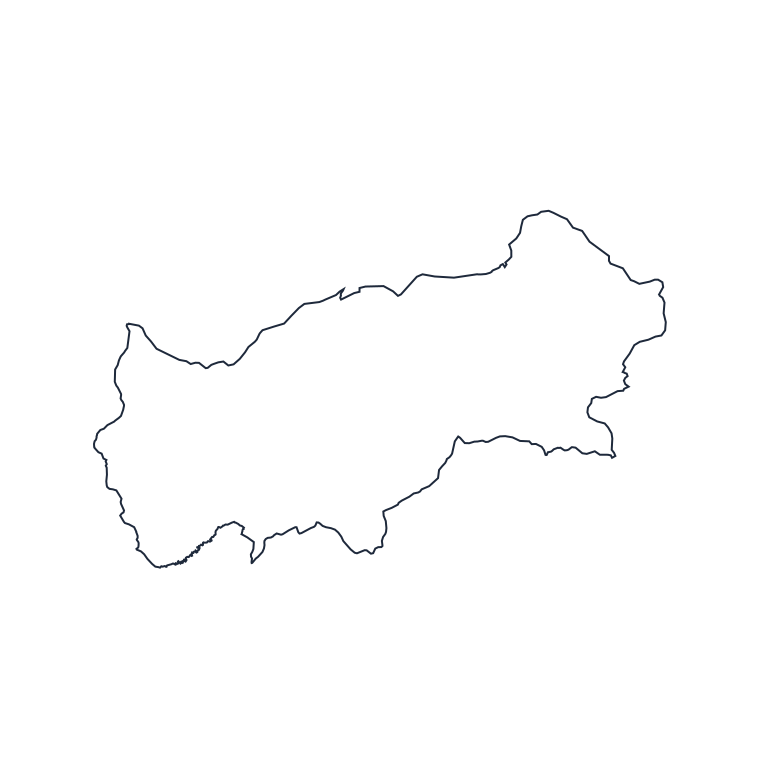 Rejang Lebong, Bengkulu, Indonesia (orthographic projection), rotated 154°
{"feature_id": "22746128B47928451075254", "entity_name": "Rejang Lebong", "entity_type": "district", "adm_level": 2, "iso_a3": "IDN", "parent_name": "Indonesia", "parent_adm1": "Bengkulu", "projection": "orthographic", "projection_center": [102.767, -3.438], "detail": "fine", "context": "isolated", "style": "outline", "palette": "slate", "viewbox_px": 768, "rotation_deg": 154, "n_neighbors": 0, "source": "geoboundaries", "source_scale": "gbopen_adm2", "svg_char_len": 6121}
<svg xmlns="http://www.w3.org/2000/svg" viewBox="0 0 768 768"><g transform="rotate(154 384 384)"><path d="M160.1,467.5L167.3,469.9L171.8,469.1L177.2,470.8L181.5,471.8L187.2,470.7L191.5,465.6L195.5,460.2L201.3,456.8L210.4,454.5L211.1,448.1L213.8,442.5L217.2,441.2L221.7,440.0L221.5,437.7L224.2,436.1L224.6,439.7L227.3,439.6L228.8,438.3L230.5,438.1L236.1,438.4L237.5,438.1L238.2,437.6L240.0,437.5L244.2,438.2L249.3,440.2L251.6,441.4L252.1,441.8L274.5,448.9L291.3,458.4L301.3,465.7L307.5,466.0L329.5,457.1L332.8,457.1L335.2,463.3L341.5,472.2L357.9,479.7L363.9,481.0L365.6,477.6L370.9,478.8L385.6,478.7L385.6,480.7L383.9,482.4L383.4,483.9L382.5,484.6L380.0,485.9L378.7,487.0L383.4,486.5L388.1,485.0L399.9,485.6L402.2,485.6L406.2,486.0L420.5,490.9L427.2,489.6L437.5,485.9L447.3,482.1L457.4,483.8L469.6,485.6L473.0,484.2L473.9,483.7L478.9,479.7L481.5,478.6L489.6,476.7L495.0,473.4L502.6,469.8L510.6,467.6L515.8,468.9L518.5,474.6L523.4,476.1L528.4,476.7L530.8,476.9L535.4,475.8L537.3,476.4L541.0,484.1L544.2,485.8L549.0,486.7L551.6,491.1L557.4,495.4L573.0,515.4L574.8,524.5L576.9,532.0L576.6,539.9L578.7,543.9L586.2,549.5L586.2,549.4L588.8,550.3L589.8,549.1L589.9,547.5L589.6,543.0L598.9,528.9L602.1,527.3L603.8,526.2L608.1,524.4L608.9,523.9L611.9,521.4L615.1,517.7L619.3,514.9L625.0,504.0L625.3,499.9L624.8,497.5L624.7,490.4L625.0,489.5L627.1,486.4L627.1,484.5L626.6,482.6L626.8,479.2L627.3,478.3L629.7,475.2L634.4,470.6L637.0,469.8L641.9,468.9L642.9,468.5L650.6,468.3L655.4,466.6L659.1,467.0L663.6,465.0L664.5,463.7L665.2,463.1L665.8,461.9L666.5,461.1L667.3,460.2L669.2,459.4L670.9,457.3L672.1,454.4L672.0,454.1L672.2,453.7L671.7,451.8L670.6,447.9L668.3,445.2L668.8,440.0L666.8,437.4L668.1,436.4L668.3,433.5L669.9,432.5L669.9,430.4L672.8,423.9L676.3,418.2L677.7,414.3L677.9,412.6L676.7,410.1L673.9,408.2L671.2,405.7L670.2,396.0L672.4,393.4L672.9,391.5L673.1,384.3L674.4,382.8L676.7,382.5L678.8,381.4L678.2,374.1L677.8,372.6L674.8,369.7L671.3,364.8L671.4,359.8L671.6,359.6L672.0,355.5L672.9,353.7L674.4,352.7L674.5,352.1L674.1,349.9L674.2,348.8L674.5,348.1L675.6,346.1L676.3,345.1L676.7,344.8L678.8,344.3L678.8,343.5L675.8,340.1L674.2,336.1L673.3,330.5L671.3,324.0L669.6,320.1L666.8,318.1L665.9,317.2L665.6,317.1L664.2,317.8L663.8,317.7L663.1,316.9L660.9,316.5L660.2,315.4L659.8,315.1L659.5,315.1L659.0,315.9L658.3,316.0L654.1,315.2L652.5,315.2L652.1,315.0L650.6,313.0L650.3,313.0L650.0,314.2L649.8,314.3L649.5,314.1L648.5,312.9L647.8,312.9L647.4,313.2L647.0,314.8L646.5,314.9L645.7,311.8L645.2,311.9L645.1,312.8L644.9,313.0L644.6,313.1L643.8,311.6L643.2,311.6L643.2,313.0L642.9,313.2L641.6,312.4L641.3,312.4L641.2,312.6L641.1,313.5L640.8,313.8L640.1,313.5L640.4,311.7L640.2,311.4L638.8,312.2L638.6,312.8L638.8,314.0L638.2,314.7L636.6,314.9L635.5,314.1L635.1,314.1L633.2,315.2L632.9,315.1L632.3,313.8L631.7,313.8L631.5,314.5L631.8,315.5L630.3,316.7L629.8,315.8L629.4,315.7L628.4,316.6L628.1,316.6L627.2,316.1L626.4,316.9L626.3,316.7L626.7,315.1L626.5,314.7L626.0,314.7L625.4,314.8L624.5,316.0L624.1,316.2L623.3,316.0L622.9,316.2L621.6,317.4L621.7,317.7L623.5,318.6L623.6,318.9L623.4,319.2L622.0,318.8L621.3,319.6L620.1,319.3L618.8,319.8L617.9,318.6L617.3,318.7L616.2,320.7L615.7,320.8L614.8,320.0L612.8,319.2L612.5,319.2L611.3,319.9L610.9,319.8L609.5,318.6L607.6,318.8L607.5,319.0L607.5,319.3L608.3,319.9L608.4,320.5L605.5,321.9L604.5,321.4L604.2,321.5L602.8,322.5L601.7,322.4L601.3,322.6L600.4,324.7L599.6,325.7L598.8,326.1L597.4,326.6L595.6,328.1L595.1,327.9L594.0,326.5L591.4,326.9L590.9,327.3L590.1,327.0L588.1,327.2L586.1,326.1L581.5,326.1L579.1,325.8L578.8,324.9L578.2,324.6L576.3,322.0L575.6,320.1L574.1,318.8L572.9,316.3L573.7,315.9L573.6,315.4L573.7,315.2L574.3,315.3L575.2,314.8L575.9,313.6L576.6,313.0L577.3,311.9L577.9,311.5L574.1,306.1L570.3,299.0L573.7,293.0L575.9,290.9L578.3,289.3L579.2,287.1L579.1,285.1L581.2,281.9L581.4,281.1L580.8,281.0L575.8,283.3L572.9,283.9L566.9,286.3L564.0,288.8L562.0,291.6L561.2,293.7L560.3,295.3L558.3,296.5L556.0,296.7L553.0,295.6L550.5,295.7L549.2,296.3L546.0,296.7L542.6,293.7L541.0,293.4L533.7,294.2L526.6,294.2L525.4,293.6L526.0,288.3L525.5,286.6L523.6,286.2L512.8,286.6L509.6,286.3L507.8,286.8L505.2,289.1L503.6,288.2L502.6,286.4L501.4,283.4L498.9,280.7L494.9,277.7L491.9,274.6L490.2,270.5L489.3,265.5L489.4,260.6L486.5,250.0L484.3,245.2L482.5,243.7L474.2,243.1L472.5,242.1L470.1,237.2L467.9,236.7L464.0,239.9L460.7,239.9L457.9,238.6L456.5,239.0L456.1,239.7L454.7,243.9L451.9,246.9L448.5,248.7L447.0,250.2L445.0,253.4L442.5,260.0L442.1,265.6L440.5,269.7L437.5,269.8L431.4,269.3L424.4,269.5L422.9,270.8L419.1,271.4L410.6,271.6L405.3,272.6L400.8,271.5L398.8,271.6L396.3,272.8L388.2,272.4L376.7,275.7L372.2,282.6L367.8,284.6L363.6,286.2L361.5,287.8L360.4,289.0L357.2,289.5L355.0,290.5L353.3,291.6L345.5,301.4L340.5,304.2L340.3,303.9L340.1,304.0L339.2,302.3L337.3,295.5L333.3,293.4L328.1,292.6L325.1,291.3L321.1,290.2L320.0,289.7L318.0,287.3L315.7,286.4L306.9,286.5L302.8,286.1L297.9,284.0L291.9,279.7L286.7,273.2L278.6,268.8L277.6,265.2L273.7,263.5L269.8,258.4L269.2,254.2L269.9,249.5L269.5,249.1L268.9,248.9L266.6,250.8L263.6,250.0L262.2,250.2L260.1,250.9L255.7,250.5L254.8,249.8L253.3,249.4L251.5,246.2L250.7,245.1L248.6,244.3L246.9,244.1L243.0,244.9L242.5,244.7L239.7,242.8L236.1,234.8L232.4,232.3L224.0,231.1L221.0,225.8L213.7,222.2L211.4,220.4L211.4,217.7L207.6,217.9L207.4,221.3L208.2,225.0L202.7,234.9L201.1,239.9L201.6,246.8L202.9,251.8L208.8,256.9L214.1,264.1L213.6,269.4L210.9,273.6L206.1,276.0L203.7,279.5L199.0,279.5L195.0,276.5L190.2,274.9L177.2,275.2L171.9,273.1L170.3,274.4L165.3,274.4L167.2,278.1L166.9,281.9L164.5,283.7L161.6,284.3L161.3,286.9L162.9,288.5L162.9,288.8L164.2,290.1L159.8,293.3L160.5,297.0L158.4,299.1L149.9,303.6L142.0,309.2L135.6,309.8L126.9,307.9L119.2,307.6L113.4,306.0L107.8,309.0L103.6,316.1L101.7,324.9L96.2,334.2L95.9,339.5L97.5,342.4L97.5,343.8L98.2,343.4L90.6,348.7L89.2,353.4L91.9,357.6L94.9,359.1L100.2,359.5L110.6,362.1L114.2,366.8L116.7,369.3L118.6,383.3L127.6,392.9L127.8,396.1L125.7,400.3L136.9,421.8L138.8,434.7L145.6,441.7L147.3,451.9L151.5,456.8L156.7,463.6L160.1,467.5Z" fill="none" stroke="#1e293b" stroke-width="2"/></g></svg>